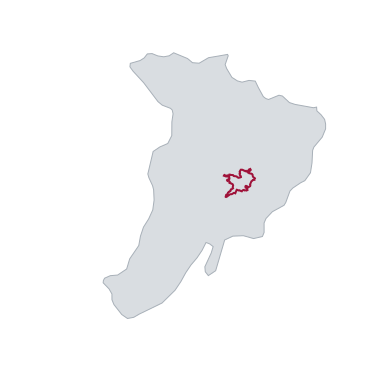 Concepción de la Vega, La Vega, Dominican Republic (highlighted), rotated 111°
{"feature_id": "3306468B4333912279461", "entity_name": "Concepción de la Vega", "entity_type": "district", "adm_level": 2, "iso_a3": "DOM", "parent_name": "Dominican Republic", "parent_adm1": "La Vega", "projection": "natural_earth1", "projection_center": [-70.509, 19.202], "detail": "fine", "context": "in_parent", "style": "outline", "palette": "rose", "viewbox_px": 384, "rotation_deg": 111, "n_neighbors": 0, "source": "geoboundaries", "source_scale": "gbopen_adm2", "svg_char_len": 6223}
<svg xmlns="http://www.w3.org/2000/svg" viewBox="0 0 384 384"><g transform="rotate(111 192 192)"><path d="M68.6,259.0L69.0,244.0L71.1,237.9L69.2,231.5L60.7,224.7L55.5,215.9L50.8,208.1L51.9,207.0L61.2,206.7L64.4,203.8L70.7,195.8L72.0,189.4L71.5,184.6L67.4,178.8L65.8,172.7L70.8,167.4L77.4,159.6L78.3,156.6L78.2,153.7L70.5,145.5L70.0,142.0L73.6,133.1L73.3,127.2L69.8,108.8L68.1,106.1L71.5,104.5L73.7,99.1L76.7,94.2L80.7,91.6L85.2,89.9L94.1,90.1L106.4,94.3L109.9,94.3L121.8,90.4L131.6,88.3L140.9,90.7L144.6,94.0L152.2,99.3L156.1,100.9L168.1,100.7L171.4,101.3L181.6,109.9L190.1,113.4L195.1,113.6L203.9,110.2L208.3,110.3L213.4,117.8L214.4,128.4L218.6,138.1L225.1,144.3L257.0,141.7L264.2,146.8L261.7,151.0L257.2,153.2L242.0,152.2L235.4,152.7L234.1,156.9L234.1,160.8L242.9,161.7L251.6,163.7L260.5,166.8L269.6,168.9L279.7,170.3L289.7,172.6L306.4,180.2L324.9,197.5L329.9,201.5L333.2,206.9L331.6,213.6L325.1,224.5L321.3,228.1L315.9,230.2L312.2,234.7L308.6,242.4L306.4,243.0L303.8,242.7L299.4,238.3L296.2,231.7L287.3,225.4L276.7,226.2L261.1,222.5L251.6,224.3L242.2,224.7L232.5,222.8L222.8,222.2L213.1,224.5L203.7,228.6L200.2,231.1L194.2,237.3L191.0,239.7L168.1,242.8L161.5,238.2L155.4,232.0L146.6,231.1L133.8,235.9L125.8,237.7L122.6,239.8L121.6,242.1L121.6,250.9L119.8,256.2L107.3,276.3L100.3,290.4L97.4,294.8L94.0,295.7L87.9,287.6L84.0,284.7L79.1,283.2L77.1,278.9L77.2,272.7L75.9,266.8L73.0,262.1L68.6,259.0Z" fill="#d9dde1" stroke="#a8b0b8" stroke-width="1"/><path d="M177.7,151.1L174.2,151.1L173.8,151.0L173.8,150.9L173.8,150.3L173.8,149.7L173.9,149.4L173.9,149.2L173.7,148.8L173.7,148.5L173.6,148.3L173.4,148.2L173.4,147.9L173.5,147.6L173.5,147.4L173.6,146.3L173.5,146.1L173.5,145.9L173.4,145.9L173.3,145.7L173.1,145.7L172.8,145.6L172.6,145.5L172.1,145.1L171.7,144.8L171.6,144.6L171.5,144.2L171.5,143.9L171.7,143.6L171.7,143.4L171.4,142.8L171.0,142.3L170.9,142.1L170.8,141.9L170.9,141.7L171.0,141.5L170.9,141.4L170.6,141.2L170.3,140.9L169.7,141.4L169.5,141.5L169.1,141.6L169.0,141.8L168.9,142.3L168.8,142.6L168.7,143.3L168.7,143.5L168.4,143.6L168.2,143.7L168.1,143.8L168.0,144.0L167.9,144.0L167.6,144.1L167.4,144.1L167.2,144.1L167.0,143.9L166.9,143.8L166.9,143.7L166.9,143.1L166.9,142.7L167.0,142.6L167.0,142.4L167.3,142.0L167.3,141.9L167.4,141.5L167.6,141.3L167.4,141.0L167.2,140.9L166.4,140.4L166.0,140.0L165.7,139.8L165.2,139.9L164.8,140.0L164.6,140.0L164.3,140.4L164.2,140.4L164.1,140.5L161.2,140.4L160.8,140.4L160.6,140.3L160.2,140.0L159.8,139.7L159.6,139.7L159.1,139.6L158.9,139.5L158.8,139.2L158.6,138.6L158.3,138.1L158.0,138.3L157.7,138.4L157.4,138.4L157.2,138.3L156.8,138.1L156.7,138.2L156.5,138.5L156.4,138.7L156.4,139.4L156.3,139.6L156.1,140.1L155.9,140.5L155.2,141.1L154.7,141.4L154.4,141.5L154.2,141.6L154.0,142.0L153.7,142.3L153.7,142.5L153.6,143.1L153.7,143.4L153.8,143.7L153.8,143.9L153.9,144.8L154.0,145.3L153.9,145.4L153.7,145.7L153.7,145.8L153.7,146.0L153.8,146.3L153.7,146.4L153.7,146.5L153.4,146.6L153.2,146.6L152.8,146.4L152.6,146.0L152.5,145.9L152.0,145.7L151.7,145.6L151.3,145.5L151.1,145.4L150.7,145.1L150.3,145.1L150.2,145.3L150.1,145.5L149.9,145.6L149.7,145.8L150.0,146.0L150.1,146.5L150.3,146.6L150.5,146.8L150.9,146.8L151.1,146.9L151.6,147.2L152.2,147.4L152.3,147.4L152.7,147.7L152.8,147.8L153.1,147.9L153.3,148.0L153.3,148.3L153.0,148.6L152.9,148.9L153.2,149.1L153.3,149.2L153.5,149.5L153.5,149.8L153.3,150.0L153.2,150.1L153.2,150.3L153.3,150.5L153.4,150.8L153.4,151.0L153.4,151.3L153.2,151.7L153.2,151.8L153.3,152.0L153.2,152.5L153.3,153.0L153.2,153.3L153.3,153.6L153.9,154.3L153.9,154.5L154.6,154.5L155.0,154.7L155.4,154.6L155.8,154.8L156.1,154.8L156.3,154.7L156.5,154.4L156.8,154.1L157.3,153.8L157.5,153.8L157.9,153.8L158.1,154.0L158.2,153.9L158.6,153.6L158.9,153.5L159.1,153.3L159.3,153.0L159.3,152.9L159.4,152.6L159.5,152.4L159.9,152.1L160.3,151.7L160.5,151.6L160.7,151.8L160.8,152.0L161.0,152.2L161.2,152.3L161.3,152.4L161.4,152.5L161.5,152.8L161.7,153.2L161.9,153.4L162.0,153.5L162.1,153.8L162.1,154.0L161.9,154.4L161.9,154.6L162.0,154.8L161.9,155.0L161.7,155.4L161.5,155.8L161.5,156.0L161.6,156.5L161.7,157.1L161.8,157.4L161.9,157.9L162.1,158.3L162.1,158.7L162.1,158.9L161.9,159.1L161.8,159.4L161.6,159.5L161.5,159.8L161.6,160.1L161.7,160.5L161.8,160.8L161.9,161.2L162.1,161.5L162.2,161.9L162.2,162.1L162.2,162.3L162.1,162.5L162.4,163.2L162.4,163.3L162.5,163.3L163.1,163.3L163.4,163.5L163.6,163.7L163.6,163.8L163.5,164.1L163.5,164.3L163.8,164.8L164.0,165.1L164.1,165.3L164.6,165.9L164.7,166.0L164.7,166.5L164.6,167.4L164.4,167.7L164.6,167.9L165.0,168.1L165.4,168.1L165.4,167.7L165.3,167.4L165.3,166.9L165.4,166.5L165.4,166.4L165.2,165.6L164.9,164.8L164.9,164.7L164.8,164.2L164.7,164.0L164.6,163.8L164.1,163.2L164.1,162.9L164.6,162.8L164.7,162.7L164.8,162.7L165.0,162.5L165.2,162.3L165.3,162.3L165.7,162.3L165.9,162.2L166.0,162.2L166.2,161.8L166.4,161.8L166.7,161.8L166.9,161.9L167.1,162.0L167.4,162.8L167.5,163.0L167.8,163.4L168.0,163.5L168.4,163.6L168.5,163.5L168.7,163.2L169.0,162.8L168.7,162.5L168.5,162.3L168.3,161.8L168.3,161.7L168.4,161.4L168.6,161.1L168.8,160.6L168.9,160.4L169.1,160.3L169.3,160.3L169.5,160.4L169.7,160.5L169.8,160.5L170.0,160.5L170.1,160.4L170.1,160.1L170.1,159.3L170.1,159.0L169.9,158.7L169.9,158.2L170.1,157.9L170.1,157.2L170.2,156.8L170.4,156.6L170.8,156.2L171.0,156.0L171.3,155.9L172.0,155.9L172.5,155.7L173.1,155.7L173.3,155.6L173.6,155.2L173.8,155.0L174.0,155.1L174.3,155.4L174.7,155.6L174.9,155.8L175.3,156.0L175.6,156.6L175.8,156.7L176.0,156.7L176.3,156.5L176.5,156.5L177.0,156.5L177.3,156.5L177.7,157.1L177.9,157.2L178.1,157.1L178.3,157.1L178.5,157.4L178.7,157.7L178.9,157.7L179.2,157.9L179.6,158.1L179.8,158.2L180.0,158.2L180.4,158.1L180.6,158.1L180.9,158.2L181.2,158.1L181.3,158.1L181.5,158.1L181.8,158.2L182.1,158.3L182.3,158.4L182.4,158.6L182.3,158.8L182.3,159.0L182.5,159.1L183.0,158.9L183.4,158.9L183.6,159.0L183.8,159.0L184.3,158.9L184.5,158.8L184.5,158.7L184.5,158.4L184.4,158.3L184.2,158.2L183.9,157.8L183.7,157.8L183.6,157.7L183.1,157.2L182.8,157.1L182.5,157.0L182.0,156.7L181.7,156.3L181.4,156.2L180.8,155.9L180.5,155.6L180.3,155.2L180.0,154.7L179.9,154.3L179.8,154.1L179.7,154.0L179.4,153.8L179.1,153.5L178.3,153.0L178.0,152.8L177.8,152.5L177.7,152.4L177.7,152.2L177.7,151.9L177.7,151.1Z" fill="none" stroke="#9f1239" stroke-width="2"/></g></svg>